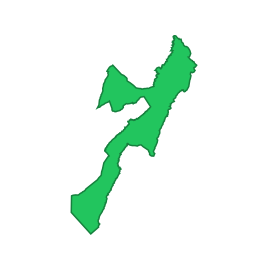 outline of Kitui Rural, Eastern, Kenya, rotated 231°
{"feature_id": "3690345B8782427737819", "entity_name": "Kitui Rural", "entity_type": "district", "adm_level": 2, "iso_a3": "KEN", "parent_name": "Kenya", "parent_adm1": "Eastern", "projection": "robinson", "projection_center": [37.883, -1.488], "detail": "fine", "context": "isolated", "style": "filled", "palette": "green", "viewbox_px": 256, "rotation_deg": 231, "n_neighbors": 0, "source": "geoboundaries", "source_scale": "gbopen_adm2", "svg_char_len": 5987}
<svg xmlns="http://www.w3.org/2000/svg" viewBox="0 0 256 256"><g transform="rotate(231 128 128)"><path d="M126.4,97.6L125.7,97.5L125.0,96.8L125.5,96.1L124.8,95.5L121.6,95.9L118.2,95.7L118.2,94.2L116.1,87.3L112.0,82.2L110.6,80.0L108.2,77.5L108.0,76.8L107.7,74.1L107.0,71.6L107.1,56.9L106.5,55.3L106.6,53.9L106.9,52.7L106.8,51.4L107.2,49.9L107.1,47.7L107.3,47.0L109.0,45.1L110.3,43.0L110.8,41.5L110.5,41.2L98.1,30.8L69.1,32.4L69.5,42.8L70.4,43.2L70.9,44.3L70.9,45.1L71.3,45.6L72.3,45.1L72.7,45.5L74.4,46.1L75.4,47.2L75.5,47.9L77.3,50.1L78.1,51.9L79.2,55.3L80.0,56.6L80.5,58.7L81.5,59.4L82.0,61.0L82.9,61.8L83.4,63.1L84.0,63.3L83.8,63.7L84.2,64.5L85.9,66.3L86.0,66.8L86.5,67.3L87.7,67.5L88.5,68.5L88.8,69.2L88.6,70.0L89.1,70.5L88.8,70.8L89.7,71.1L89.8,73.1L90.6,75.0L90.4,75.6L90.8,76.2L91.3,76.2L91.6,76.5L91.6,77.1L92.6,78.8L92.9,80.4L93.9,80.9L93.9,82.8L94.7,83.1L94.7,83.8L95.1,84.4L95.6,86.0L96.3,86.4L96.1,87.2L96.4,87.8L96.1,88.4L96.5,88.8L97.9,91.7L97.9,93.0L99.1,93.2L99.5,94.5L100.4,95.0L100.7,95.9L100.5,96.6L101.5,96.9L102.1,96.7L102.4,96.2L102.8,96.8L103.7,96.2L104.9,96.3L105.0,96.8L105.4,96.8L106.5,97.6L107.0,97.5L108.2,100.3L108.8,100.1L109.1,101.1L110.0,101.1L110.4,102.7L110.6,102.7L111.5,104.1L111.9,105.2L111.8,106.0L112.0,106.1L112.6,105.5L113.1,105.6L113.1,107.7L113.9,110.9L113.7,111.4L114.3,111.9L114.3,112.8L114.8,113.4L114.6,113.9L115.0,115.1L114.8,116.2L115.2,116.4L115.4,116.8L115.9,117.0L115.5,117.4L116.2,117.9L116.1,118.1L113.9,118.5L111.7,120.2L109.7,122.6L108.1,123.9L107.8,125.7L106.6,127.6L104.0,128.0L97.9,129.9L96.7,129.3L95.0,129.1L93.8,128.1L92.6,128.2L91.4,128.7L90.0,130.3L91.3,132.7L92.4,132.5L94.0,133.2L95.3,136.2L96.1,136.6L96.3,137.7L98.3,141.4L100.0,143.5L101.2,143.5L101.7,143.8L102.0,145.7L102.4,146.7L103.2,147.5L103.7,149.0L105.0,150.3L106.4,150.8L106.3,151.5L107.1,152.5L107.0,153.3L108.5,155.9L108.8,157.4L109.5,157.8L109.8,158.7L110.4,159.5L110.6,160.9L111.3,161.2L111.6,162.2L112.3,163.0L112.9,164.7L112.4,166.0L113.4,166.3L113.2,167.4L113.9,167.6L114.3,168.5L115.0,169.3L116.5,170.1L116.9,171.3L116.3,172.6L116.3,173.7L117.4,174.3L118.6,173.9L118.5,174.7L119.0,175.8L120.0,176.0L119.8,177.2L120.1,178.3L119.5,180.7L121.1,180.9L121.6,181.4L121.6,184.1L122.8,185.7L122.8,187.0L123.3,187.9L123.6,189.5L123.5,190.6L123.9,191.4L123.5,192.2L123.4,193.1L123.6,193.6L123.1,193.9L123.3,194.3L122.9,194.8L122.7,195.0L121.9,194.4L120.8,194.5L120.4,195.6L120.7,196.6L120.4,197.4L122.0,201.3L126.4,206.2L126.9,207.2L129.1,209.9L130.5,210.2L131.6,211.5L131.7,212.2L130.5,212.8L130.0,214.6L130.6,216.4L131.8,216.3L133.4,217.2L133.4,217.6L133.0,218.7L133.6,220.9L136.3,220.4L138.0,220.9L139.1,220.0L139.8,220.4L141.7,219.6L145.1,219.5L144.8,220.0L144.8,220.8L146.4,223.6L149.3,224.8L152.0,225.2L153.5,225.1L154.9,224.4L155.4,223.7L155.8,223.5L157.4,223.4L159.2,224.2L160.9,223.8L163.6,225.1L164.7,223.5L165.4,223.9L165.8,223.4L166.8,223.1L169.5,223.1L170.6,222.0L170.7,221.2L170.4,220.4L169.2,220.8L168.7,219.8L167.9,220.3L167.7,219.5L167.0,219.0L167.3,217.4L166.3,217.5L166.2,217.3L166.5,216.6L165.7,216.8L165.3,216.0L164.9,216.2L165.2,216.7L164.6,216.7L164.1,216.1L164.6,214.4L163.3,214.7L162.8,213.4L163.0,212.4L162.5,212.5L161.7,211.4L161.2,210.0L160.7,211.2L160.0,211.5L160.2,210.5L158.9,210.4L158.9,209.6L158.3,208.3L158.6,207.5L158.3,207.0L157.7,207.0L158.2,205.7L158.1,205.0L157.6,205.1L157.5,204.8L157.8,204.2L157.2,203.4L156.6,201.6L156.9,201.2L155.9,200.9L155.3,200.3L155.7,200.0L155.8,199.1L155.4,198.9L154.9,197.2L154.6,196.9L154.7,196.2L154.3,195.7L155.4,194.5L155.4,194.2L155.0,193.6L154.5,193.4L154.4,192.7L153.6,192.3L153.9,191.3L153.5,191.2L153.3,190.8L153.5,190.6L155.2,190.7L156.0,189.8L156.4,188.0L155.9,186.5L155.5,186.3L155.7,185.4L154.1,186.1L153.7,186.1L153.5,185.4L152.8,185.4L152.1,185.8L150.7,186.1L150.8,185.2L151.5,184.4L151.2,183.9L151.3,183.1L150.7,182.5L149.8,183.0L149.1,182.8L149.1,181.7L148.7,181.0L149.1,180.0L148.8,179.1L148.1,178.5L147.4,178.8L147.4,177.5L146.7,176.3L145.7,175.9L145.7,175.0L144.0,174.3L145.3,171.3L145.7,169.3L146.0,168.6L146.6,168.2L148.0,165.8L148.5,165.4L148.8,164.4L149.8,163.0L150.5,162.9L151.7,161.5L154.0,159.5L157.7,159.1L162.1,158.0L164.8,157.0L165.5,157.1L167.2,158.4L168.0,158.4L171.5,157.8L173.7,156.6L186.4,155.7L186.3,154.8L186.9,153.0L186.8,151.6L185.5,147.6L185.3,147.3L184.0,148.2L183.4,146.9L181.9,146.3L181.2,145.4L180.4,143.3L179.7,140.5L178.6,139.3L177.4,136.5L176.1,135.3L174.7,133.3L172.6,131.8L170.9,128.8L170.7,127.9L169.8,127.1L169.3,125.7L168.6,125.3L167.8,123.5L164.2,119.9L162.9,116.9L162.8,117.6L162.0,119.3L162.2,120.5L162.1,122.4L161.6,124.0L161.6,125.9L160.6,129.1L160.6,130.5L153.6,128.0L152.6,127.5L152.4,127.1L151.4,126.7L150.7,126.8L150.1,127.6L148.9,128.1L148.2,129.1L147.9,130.2L146.9,132.2L146.6,133.1L146.9,133.8L146.4,134.9L146.9,137.3L148.0,137.9L148.3,138.7L148.0,142.1L147.2,142.6L145.9,144.7L145.2,146.1L145.0,147.4L143.9,147.1L143.5,147.3L143.5,147.7L143.9,148.0L143.0,149.0L143.1,149.7L142.6,150.3L143.4,152.4L143.5,153.1L143.3,154.0L143.9,155.5L144.0,157.3L142.3,160.2L130.2,158.9L129.9,157.9L130.0,157.3L129.6,156.7L129.9,155.8L129.5,154.5L129.5,153.4L129.1,153.0L129.8,151.9L129.4,151.4L129.4,150.7L128.9,150.0L129.3,149.2L128.9,148.2L129.1,147.9L129.2,144.2L128.8,143.5L129.3,142.7L128.8,142.1L129.2,141.8L129.0,141.0L129.9,140.6L129.7,139.5L130.0,138.9L129.7,138.4L130.3,137.2L130.7,137.1L130.8,137.4L131.1,136.8L131.6,136.7L131.7,136.1L132.4,136.2L133.1,135.7L132.7,134.9L133.2,134.2L132.8,133.7L132.7,132.5L133.2,132.1L133.1,131.9L130.8,131.7L130.3,131.2L130.4,130.7L130.1,130.1L130.4,129.5L129.7,127.8L130.0,127.3L129.9,126.7L130.5,126.0L129.6,125.7L129.6,125.2L129.2,125.0L129.3,123.5L128.8,122.3L128.8,121.8L129.3,121.2L129.0,120.8L128.7,119.3L129.3,118.6L128.7,117.9L129.3,117.1L129.1,116.2L129.4,115.4L129.2,113.2L128.8,113.3L128.6,112.9L128.7,108.7L128.5,107.2L128.1,106.2L128.3,105.7L128.1,103.7L127.3,102.3L127.6,101.7L127.1,100.7L127.1,100.0L126.5,99.8L126.4,97.6Z" fill="#22c55e" stroke="#15803d" stroke-width="1.5"/></g></svg>